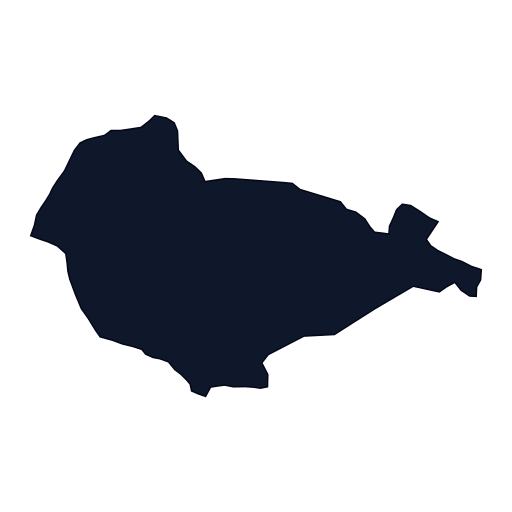 the district of Conceição da Feira, Bahia, Brazil
{"feature_id": "56859067B19812474900576", "entity_name": "Conceição da Feira", "entity_type": "district", "adm_level": 2, "iso_a3": "BRA", "parent_name": "Brazil", "parent_adm1": "Bahia", "projection": "mercator", "projection_center": [-38.993, -12.504], "detail": "fine", "context": "isolated", "style": "filled", "palette": "ink", "viewbox_px": 512, "rotation_deg": 0, "n_neighbors": 0, "source": "geoboundaries", "source_scale": "gbopen_adm2", "svg_char_len": 1450}
<svg xmlns="http://www.w3.org/2000/svg" viewBox="0 0 512 512"><path d="M30.7,235.7L40.6,239.4L47.8,241.8L57.4,246.0L65.8,253.6L67.1,262.8L67.9,271.3L69.8,279.2L75.8,295.4L81.4,308.7L88.2,318.3L95.5,330.2L100.2,336.9L112.3,340.2L122.6,344.0L132.6,346.4L141.8,349.4L145.7,354.2L153.1,357.5L159.7,358.7L168.5,361.9L174.9,369.7L180.5,373.9L185.9,379.2L190.1,384.0L191.6,391.0L198.6,394.0L205.6,396.4L210.6,387.1L218.3,385.9L224.7,385.1L233.4,386.8L245.1,386.6L253.8,387.2L260.4,388.2L267.5,386.8L267.8,374.5L261.8,362.9L268.2,354.6L303.9,336.1L334.4,334.5L353.8,322.1L374.9,308.7L387.8,301.1L413.2,286.2L439.3,291.9L446.1,287.1L454.8,282.3L461.2,290.3L469.6,296.0L476.2,296.4L476.6,287.1L480.6,279.9L481.3,269.7L471.2,266.3L461.9,261.5L453.8,258.7L445.8,254.5L437.7,250.5L430.7,245.7L426.3,239.4L438.1,221.7L429.4,217.9L420.0,211.4L410.6,205.5L402.3,204.2L396.6,209.7L393.2,218.2L389.5,226.1L388.9,234.0L381.4,233.0L374.5,232.2L369.8,226.7L364.8,218.9L355.8,212.1L346.4,209.3L340.4,201.8L309.0,192.2L300.0,189.5L292.3,183.4L284.2,182.6L234.3,178.8L225.0,178.6L205.0,181.6L201.3,173.0L194.9,166.8L186.5,161.1L178.3,150.1L177.5,130.9L174.2,122.8L166.5,118.0L154.7,115.6L149.3,120.9L141.0,127.4L129.3,129.2L120.3,130.5L111.0,130.5L104.6,135.4L94.5,137.7L86.9,139.7L80.1,142.9L74.4,150.4L69.4,160.7L64.5,170.9L57.4,180.6L52.5,188.2L49.7,194.3L45.3,201.4L41.0,207.7L36.6,215.1L34.4,225.4L30.7,235.7Z" fill="#0f172a" stroke="#020617" stroke-width="1.5"/></svg>